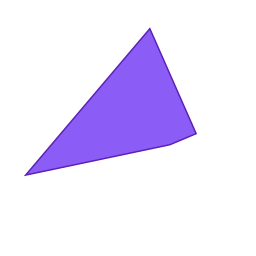 an SVG outline of Pointe La Rue, rotated 123°
{"feature_id": "SYC-5217", "entity_name": "Pointe La Rue", "entity_type": "state/province", "adm_level": 1, "iso_a3": "SYC", "parent_name": "Seychelles", "parent_adm1": "", "projection": "albers", "projection_center": [55.516, -4.673], "detail": "fine", "context": "isolated", "style": "filled", "palette": "violet", "viewbox_px": 256, "rotation_deg": 123, "n_neighbors": 0, "source": "natural_earth", "source_scale": "10m", "svg_char_len": 225}
<svg xmlns="http://www.w3.org/2000/svg" viewBox="0 0 256 256"><g transform="rotate(123 128 128)"><path d="M95.6,67.8L119.1,83.7L223.2,188.2L32.8,163.8L95.6,67.8Z" fill="#8b5cf6" stroke="#5b21b6" stroke-width="1.5"/></g></svg>